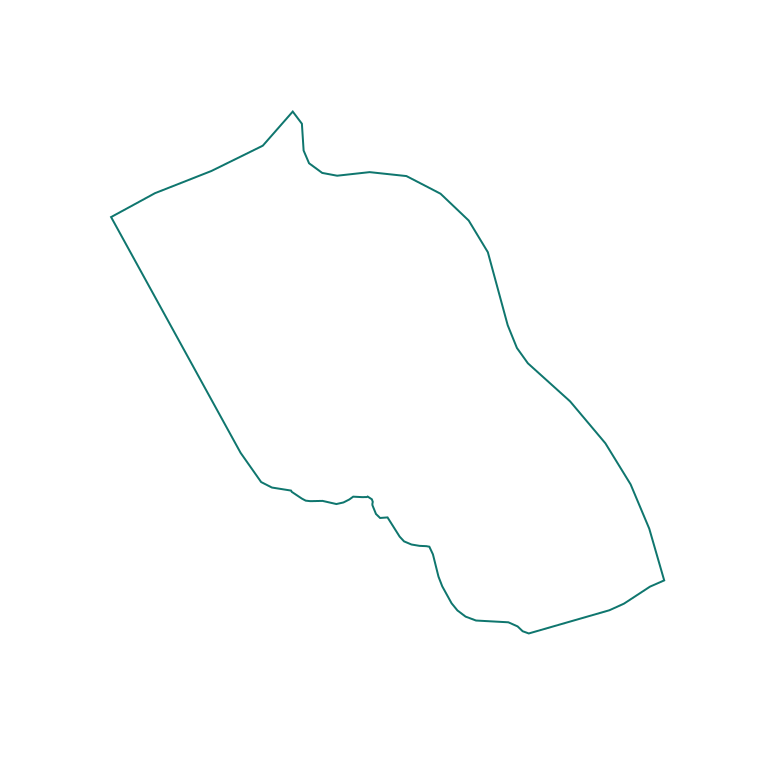 SVG path tracing the border of Ifugao, rotated 71°
{"feature_id": "PHL-2551", "entity_name": "Ifugao", "entity_type": "Province", "adm_level": 1, "iso_a3": "PHL", "parent_name": "Philippines", "parent_adm1": "", "projection": "albers", "projection_center": [121.298, 16.844], "detail": "fine", "context": "isolated", "style": "outline", "palette": "teal", "viewbox_px": 768, "rotation_deg": 71, "n_neighbors": 0, "source": "natural_earth", "source_scale": "10m", "svg_char_len": 968}
<svg xmlns="http://www.w3.org/2000/svg" viewBox="0 0 768 768"><g transform="rotate(71 384 384)"><path d="M660.9,183.0L662.2,198.5L669.8,228.6L671.3,244.6L667.0,328.3L662.9,333.4L656.7,336.6L649.8,344.0L637.6,374.0L630.5,382.6L622.0,388.3L613.3,391.5L594.3,394.8L583.9,395.2L561.0,393.2L552.6,394.1L551.1,396.8L548.6,403.1L544.7,410.3L539.3,416.3L533.4,418.9L511.3,424.1L509.4,431.3L504.3,433.9L495.0,434.4L493.7,434.1L491.8,433.0L489.1,433.0L485.1,436.1L485.3,437.0L483.9,441.4L480.5,449.8L481.9,454.4L482.8,460.9L482.0,468.1L474.5,480.2L470.8,491.8L468.8,496.0L465.7,498.9L456.0,506.3L454.5,506.6L445.4,523.7L436.7,532.1L402.4,542.0L137.3,587.7L129.0,538.4L126.4,478.0L119.2,421.0L96.7,381.6L111.2,376.9L137.1,384.0L150.9,383.0L164.3,373.7L171.8,360.5L179.0,328.6L194.7,295.1L222.5,268.6L257.0,250.7L293.2,242.9L368.7,247.9L393.2,246.6L411.3,241.2L461.0,213.7L512.1,194.0L559.2,183.5L607.2,180.3L660.9,183.0Z" fill="none" stroke="#0f766e" stroke-width="2"/></g></svg>